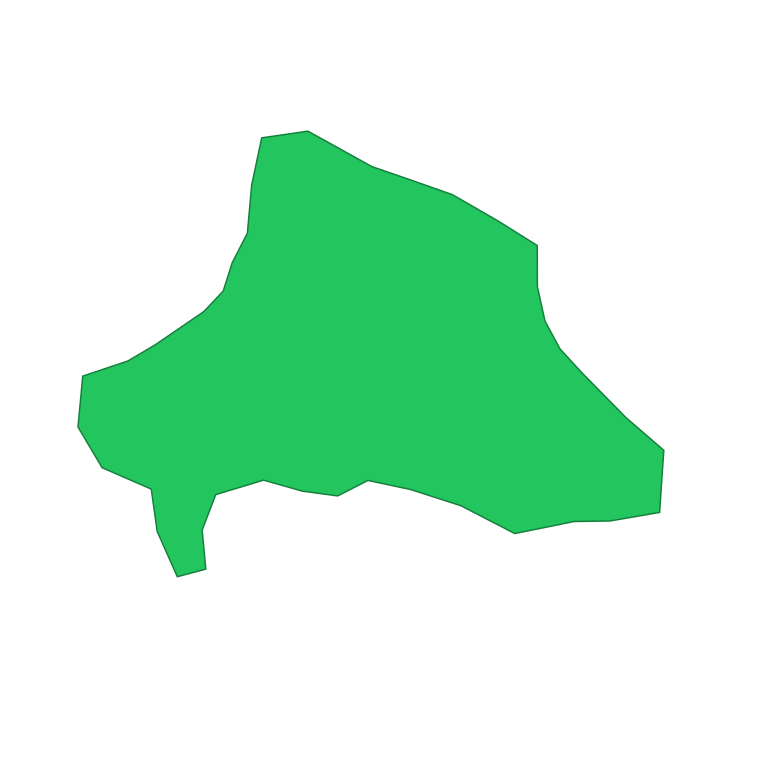 the district of Klirou, Nicosia, Cyprus, rotated 282°
{"feature_id": "46923920B55215381984426", "entity_name": "Klirou", "entity_type": "district", "adm_level": 2, "iso_a3": "CYP", "parent_name": "Cyprus", "parent_adm1": "Nicosia", "projection": "equal_earth", "projection_center": [33.181, 35.009], "detail": "fine", "context": "isolated", "style": "filled", "palette": "green", "viewbox_px": 768, "rotation_deg": 282, "n_neighbors": 0, "source": "geoboundaries", "source_scale": "gbopen_adm2", "svg_char_len": 661}
<svg xmlns="http://www.w3.org/2000/svg" viewBox="0 0 768 768"><g transform="rotate(282 384 384)"><path d="M599.4,213.2L551.3,213.2L503.1,219.0L471.0,210.3L441.5,207.4L417.5,192.8L374.6,151.9L353.2,128.6L329.1,87.7L278.3,93.6L243.5,125.7L232.8,178.2L192.6,192.8L152.5,221.9L165.9,248.2L203.3,236.5L240.8,242.4L264.9,286.1L262.2,327.0L264.9,362.0L286.3,388.3L286.3,432.1L280.9,484.6L264.9,543.0L289.0,598.5L297.0,633.5L315.7,680.3L328.8,678.4L377.3,671.5L401.4,627.7L436.2,575.1L454.9,548.9L479.0,528.4L511.1,513.8L551.3,505.1L567.3,461.3L583.4,411.6L588.7,370.8L594.1,327.0L615.5,257.0L599.4,213.2Z" fill="#22c55e" stroke="#15803d" stroke-width="1.5"/></g></svg>